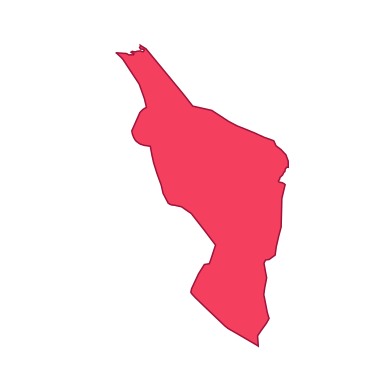 Baruten, Kwara, Nigeria, rotated 304°
{"feature_id": "59680162B46396512293260", "entity_name": "Baruten", "entity_type": "district", "adm_level": 2, "iso_a3": "NGA", "parent_name": "Nigeria", "parent_adm1": "Kwara", "projection": "orthographic", "projection_center": [3.396, 9.366], "detail": "fine", "context": "isolated", "style": "filled", "palette": "rose", "viewbox_px": 384, "rotation_deg": 304, "n_neighbors": 0, "source": "geoboundaries", "source_scale": "gbopen_adm2", "svg_char_len": 1848}
<svg xmlns="http://www.w3.org/2000/svg" viewBox="0 0 384 384"><g transform="rotate(304 192 192)"><path d="M101.3,333.1L106.5,329.1L109.4,326.8L109.5,326.8L111.1,326.8L116.2,326.8L124.6,327.1L130.3,326.6L132.2,324.2L134.1,321.9L135.1,320.9L145.3,310.7L146.9,309.0L153.4,305.8L162.6,301.9L167.5,297.0L173.2,291.5L176.7,291.0L179.2,293.7L186.2,296.2L194.1,292.3L194.5,292.2L204.1,288.5L212.8,285.5L217.8,282.3L218.3,282.0L236.9,270.1L250.2,265.1L250.4,263.9L250.1,261.5L249.2,259.3L249.0,258.2L249.4,257.5L251.6,257.5L253.2,256.8L256.9,257.6L259.7,257.1L260.8,257.6L263.2,256.5L265.5,256.7L266.3,258.0L271.4,254.5L274.1,250.8L275.4,249.0L275.9,246.5L277.0,241.8L277.0,240.8L277.3,235.8L280.2,231.1L277.6,220.8L276.0,211.0L272.0,192.2L271.0,182.9L270.7,162.7L263.6,144.5L267.5,132.6L271.1,120.6L285.0,73.8L284.7,67.1L284.1,67.7L282.5,67.7L281.7,69.5L282.5,70.7L283.1,72.0L283.1,72.8L282.4,73.3L280.8,72.9L280.3,71.6L280.2,70.4L279.3,69.3L278.5,68.4L277.8,67.6L276.5,66.7L275.7,65.1L275.2,63.8L273.8,63.2L273.7,64.6L274.0,65.5L274.0,66.7L273.0,66.7L270.3,62.9L270.2,60.7L269.8,59.5L269.2,58.6L264.8,50.9L264.9,51.9L264.1,57.4L263.4,60.4L260.3,67.8L252.9,85.6L252.2,87.2L251.7,88.2L251.2,88.9L242.8,100.3L236.9,106.7L236.2,106.7L234.6,105.8L232.8,105.1L229.7,104.5L228.4,104.4L227.5,104.6L209.0,107.9L206.6,110.3L204.6,113.2L203.2,116.1L202.8,118.0L202.9,119.2L202.7,120.1L202.8,122.5L203.9,126.2L206.6,131.9L201.0,137.3L194.8,143.8L189.3,150.7L187.7,152.7L180.6,162.5L174.7,168.8L169.4,178.6L169.5,180.8L170.0,182.6L171.3,185.0L172.6,188.4L173.7,191.1L173.9,192.1L173.8,196.8L173.8,203.3L167.4,223.0L161.2,241.2L145.3,245.7L142.2,246.4L138.8,242.8L127.7,243.2L111.7,245.7L108.2,247.1L107.3,249.4L106.2,254.3L104.3,265.0L103.1,272.0L99.4,293.8L99.0,298.2L99.7,307.3L101.3,331.9L101.3,333.1Z" fill="#f43f5e" stroke="#9f1239" stroke-width="1.5"/></g></svg>